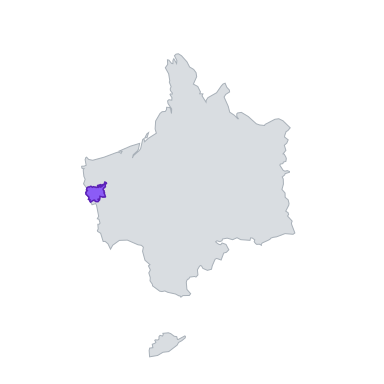 location of Hautes-Pyrénées within France, rotated 61°
{"feature_id": "FRA-5305", "entity_name": "Hautes-Pyrénées", "entity_type": "Metropolitan department", "adm_level": 1, "iso_a3": "FRA", "parent_name": "France", "parent_adm1": "", "projection": "albers", "projection_center": [0.066, 43.14], "detail": "fine", "context": "in_parent", "style": "filled", "palette": "violet", "viewbox_px": 384, "rotation_deg": 61, "n_neighbors": 0, "source": "natural_earth", "source_scale": "10m", "svg_char_len": 6241}
<svg xmlns="http://www.w3.org/2000/svg" viewBox="0 0 384 384"><g transform="rotate(61 192 192)"><path d="M272.2,157.1L270.3,158.4L269.2,160.8L267.9,161.4L265.6,161.7L264.3,160.3L261.6,161.5L260.5,163.0L262.4,164.7L257.3,172.5L253.8,174.8L253.4,179.6L249.4,183.6L248.1,187.5L248.0,188.2L249.2,189.4L248.9,191.9L246.8,193.7L246.9,195.3L247.6,195.4L250.8,193.9L252.0,192.4L251.2,190.4L254.3,187.7L260.4,187.8L261.4,191.1L260.8,193.9L265.6,199.5L262.1,202.6L262.0,204.4L266.4,210.1L269.0,212.4L268.0,216.5L264.1,219.5L261.4,219.5L260.4,220.2L260.6,221.5L262.7,225.0L267.4,227.0L268.3,229.7L267.1,230.8L265.4,235.1L266.5,237.1L266.2,238.0L266.8,239.4L268.1,240.7L274.7,243.7L280.3,242.5L281.2,244.5L278.2,250.2L278.6,252.7L276.9,252.9L276.6,253.7L273.2,255.9L267.9,261.9L265.4,263.7L264.5,266.6L263.1,268.3L255.0,272.0L253.4,271.4L249.4,271.8L246.7,270.0L241.8,269.0L240.0,266.2L235.5,265.9L235.2,264.0L228.9,266.2L219.9,264.0L216.7,261.3L214.1,262.1L212.0,264.8L202.7,271.9L199.1,279.0L200.1,287.1L202.5,291.0L196.6,290.6L193.1,291.9L192.2,293.7L183.8,291.9L180.8,293.6L179.9,293.5L178.8,291.9L174.6,290.0L175.2,288.7L174.6,287.5L170.8,286.6L169.5,287.8L168.0,285.4L157.2,281.9L155.4,281.9L154.7,285.6L147.8,285.6L146.8,284.9L142.3,285.7L137.6,282.2L132.3,282.9L129.1,279.3L126.0,279.0L121.6,277.2L119.6,276.2L119.3,275.1L118.0,276.7L116.3,276.3L116.0,275.8L117.1,273.9L117.3,271.6L111.9,269.8L110.4,268.1L110.4,267.3L113.4,266.6L116.1,263.5L118.9,252.1L120.9,238.6L122.2,236.0L123.9,235.4L122.6,233.5L120.9,235.9L122.1,223.5L124.1,214.2L128.6,218.1L129.6,219.8L130.9,225.3L133.4,227.7L131.8,225.4L130.2,218.0L129.2,215.9L122.2,209.7L122.0,208.2L125.1,209.0L123.9,204.4L123.3,194.7L119.0,193.7L112.3,189.4L107.8,181.9L107.3,179.2L108.6,176.3L107.6,174.4L105.6,173.1L107.2,170.6L108.6,170.4L113.4,171.9L109.5,169.5L103.1,170.1L100.5,169.2L100.1,167.4L101.9,165.2L99.8,163.8L96.1,164.0L95.7,163.4L96.8,161.8L95.9,161.2L92.9,161.7L91.3,161.1L89.7,159.2L84.9,158.6L83.9,157.5L77.3,155.1L70.4,155.1L68.6,151.4L64.5,149.4L65.4,148.3L69.7,147.5L70.5,146.5L67.6,144.8L66.6,143.3L72.2,143.2L69.7,141.5L64.3,141.3L63.7,139.1L64.5,136.9L67.8,135.1L75.7,133.3L81.5,133.5L85.6,131.1L89.6,130.6L93.4,132.0L98.3,138.5L102.5,135.8L108.6,136.1L109.8,137.7L111.5,134.9L112.8,136.6L120.3,136.2L118.6,135.0L117.2,132.3L117.1,122.4L113.5,115.1L112.6,112.5L112.9,110.3L117.3,110.8L120.9,109.9L122.7,110.6L123.0,115.2L124.5,117.9L134.7,118.8L140.5,120.3L145.5,117.7L150.1,116.5L150.4,115.9L147.8,116.2L145.4,115.0L145.0,113.8L146.3,110.2L153.3,106.2L163.5,102.7L166.1,100.4L169.0,96.3L168.3,95.3L168.6,84.2L170.0,80.6L173.8,77.9L183.5,75.0L184.8,78.5L184.8,80.4L187.5,83.5L188.8,84.4L193.0,82.6L195.2,85.4L195.9,88.6L201.1,89.7L202.8,93.9L203.7,93.0L207.0,93.0L208.5,93.3L210.7,95.0L210.2,97.6L211.2,98.8L210.4,101.2L211.1,102.2L217.1,101.8L218.8,100.7L219.5,98.3L221.3,96.8L222.0,97.2L221.1,101.6L222.0,102.7L222.6,105.8L224.9,105.9L229.4,108.2L233.4,112.1L238.0,111.1L241.8,113.1L245.5,111.7L249.1,112.7L250.5,113.8L254.2,119.3L256.7,118.0L258.6,118.5L259.3,120.1L266.0,118.5L267.4,120.1L268.8,120.6L277.7,121.9L278.0,124.1L273.5,130.8L272.2,139.8L271.0,143.0L270.6,145.4L271.2,146.9L271.1,149.3L270.6,155.2L271.3,156.8L272.2,157.1ZM317.1,273.0L317.1,276.7L318.7,279.2L320.3,289.7L318.1,295.1L318.3,301.3L315.6,309.0L309.8,306.3L308.0,304.7L309.2,301.7L305.9,300.6L306.3,297.8L305.9,296.4L303.7,296.5L303.5,295.8L304.9,293.6L304.7,292.3L302.4,290.9L301.9,289.4L303.7,287.6L302.7,286.2L301.5,286.0L303.7,280.9L305.5,279.3L309.5,277.5L311.1,275.5L313.9,276.2L314.3,275.7L314.4,268.0L315.3,267.8L316.3,268.7L317.1,273.0ZM122.6,204.9L121.9,207.1L119.3,203.3L119.0,201.2L122.6,204.9Z" fill="#d9dde1" stroke="#a8b0b8" stroke-width="1"/><path d="M139.3,283.3L138.8,283.2L138.6,282.7L137.5,282.1L137.4,281.6L137.3,281.0L137.3,280.7L137.3,280.3L137.4,280.1L137.5,279.9L137.8,279.6L137.9,279.3L137.9,278.9L137.9,278.7L137.8,278.3L137.8,278.2L137.9,277.8L138.2,277.5L138.5,277.2L139.3,277.0L139.5,277.0L139.6,276.9L139.7,276.7L139.6,276.2L139.6,275.9L139.6,275.6L139.7,275.3L139.9,275.2L140.2,275.0L140.4,274.9L140.6,274.7L140.9,273.9L141.1,273.7L141.4,273.8L141.5,273.7L141.7,273.3L141.8,272.7L142.0,272.4L142.3,272.1L142.5,271.9L142.6,271.6L142.6,271.4L142.4,270.9L142.5,270.5L142.5,270.3L142.6,270.1L142.7,269.9L142.8,269.8L143.0,269.7L143.3,269.6L143.5,269.5L143.5,269.4L143.5,269.1L143.3,268.6L143.2,268.2L143.3,267.3L143.2,267.1L142.8,267.1L142.7,267.2L142.6,267.3L142.5,267.5L142.3,267.5L142.2,267.3L142.2,266.8L142.2,266.6L142.3,266.5L142.5,266.5L142.8,266.3L142.8,266.1L142.7,265.8L142.3,264.8L142.1,264.6L142.0,264.4L141.8,264.3L141.7,264.2L141.5,263.7L141.1,263.4L141.5,263.0L142.0,262.7L142.5,262.5L143.0,262.6L143.2,263.5L143.6,264.4L143.9,264.5L144.8,265.1L145.0,265.1L145.4,265.2L145.5,265.9L145.8,266.2L145.8,266.4L145.8,266.7L145.7,267.1L145.7,267.3L145.7,267.5L146.1,267.8L146.4,268.3L146.7,268.5L146.9,268.6L147.2,268.6L148.4,268.3L148.7,268.4L148.9,268.5L149.1,268.9L149.3,269.1L149.5,269.1L150.0,269.0L150.1,268.9L150.3,268.9L150.4,269.1L150.5,269.3L150.6,269.5L150.8,269.5L151.7,269.5L154.2,270.0L154.3,270.5L154.1,270.9L153.5,271.5L153.4,271.8L153.5,272.0L153.5,272.3L153.4,272.5L152.9,272.7L152.7,272.8L152.3,273.4L151.2,274.6L153.4,276.0L153.3,276.4L152.9,277.1L152.8,277.4L152.8,277.7L153.1,277.7L153.6,277.3L154.2,277.0L154.5,277.8L154.8,278.6L154.9,278.9L153.8,280.7L153.2,281.2L152.2,281.0L151.9,281.1L151.6,281.6L151.5,282.2L151.5,283.7L151.7,285.2L151.7,285.6L151.0,285.8L150.6,285.8L150.3,285.7L150.2,285.7L150.2,285.4L149.6,284.9L149.3,285.1L149.0,285.4L148.4,286.1L148.2,286.2L147.9,285.8L147.5,285.1L147.2,285.0L146.2,284.7L145.9,284.8L145.6,285.0L144.4,285.2L143.0,285.7L142.4,285.8L141.7,285.5L141.5,285.4L141.5,285.2L141.3,285.1L141.1,285.0L140.9,285.0L140.9,284.8L140.8,284.6L140.7,284.5L140.4,284.2L140.2,283.9L140.1,283.4L140.1,283.0L139.8,283.1L139.3,283.3ZM141.0,270.2L141.5,270.4L141.6,271.0L141.3,271.6L141.1,271.6L140.8,271.6L140.6,271.4L140.6,271.2L140.6,270.7L141.0,270.2ZM141.5,268.2L141.8,268.3L141.9,268.5L142.0,268.7L141.9,268.9L141.9,269.0L141.8,269.4L141.7,269.5L141.3,269.6L141.2,269.5L141.1,269.4L141.0,269.1L141.1,268.6L141.2,268.4L141.3,268.2L141.5,268.2Z" fill="#8b5cf6" stroke="#5b21b6" stroke-width="1.5"/></g></svg>